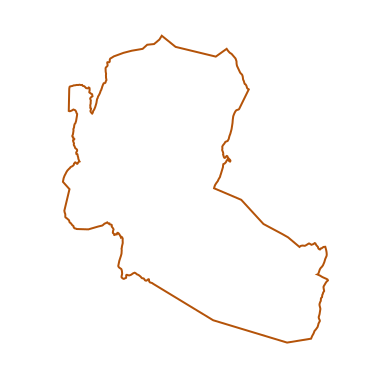 Manto, Olancho, Honduras, rotated 355°
{"feature_id": "27666195B56288500543759", "entity_name": "Manto", "entity_type": "district", "adm_level": 2, "iso_a3": "HND", "parent_name": "Honduras", "parent_adm1": "Olancho", "projection": "equal_earth", "projection_center": [-86.423, 14.876], "detail": "fine", "context": "isolated", "style": "outline", "palette": "amber", "viewbox_px": 384, "rotation_deg": 355, "n_neighbors": 0, "source": "geoboundaries", "source_scale": "gbopen_adm2", "svg_char_len": 5880}
<svg xmlns="http://www.w3.org/2000/svg" viewBox="0 0 384 384"><g transform="rotate(355 192 192)"><path d="M297.8,348.5L298.4,347.4L299.1,346.0L300.8,343.5L301.9,341.2L303.6,339.5L305.3,337.5L306.2,335.3L306.5,334.2L308.1,331.7L308.1,331.0L307.4,329.0L307.3,327.7L308.4,324.9L309.7,319.7L309.6,318.6L309.2,316.2L309.2,315.2L309.4,314.4L310.0,313.0L310.8,311.7L311.2,309.2L311.6,308.7L312.3,308.2L312.9,305.7L313.4,305.0L313.9,303.6L315.0,302.2L315.0,301.6L314.8,300.2L314.7,298.1L315.0,297.4L317.5,293.9L318.5,292.8L319.3,292.3L319.7,291.9L319.6,291.5L319.4,291.0L318.6,290.4L315.0,288.4L313.9,287.7L312.2,286.4L309.8,285.1L310.2,285.0L311.2,283.5L312.5,280.4L312.9,279.8L313.7,278.8L315.0,277.7L316.1,276.4L317.7,273.4L318.9,270.3L320.5,267.4L320.8,265.9L320.8,263.7L320.6,261.6L320.0,258.2L318.2,258.2L316.4,259.3L315.3,259.5L315.1,259.7L314.9,260.2L314.7,260.4L314.4,260.4L313.9,260.2L313.0,259.3L312.6,257.6L311.2,255.8L310.4,253.9L309.7,253.6L308.6,254.4L306.4,255.0L304.6,253.7L304.2,253.5L303.8,253.5L301.5,254.7L300.2,255.3L299.4,255.4L297.7,255.0L296.0,255.1L295.4,255.3L294.3,256.1L283.7,245.5L278.2,241.7L260.4,230.1L240.4,204.1L214.3,190.2L214.9,188.5L215.7,186.9L217.1,185.1L218.7,183.3L219.5,181.8L221.3,179.3L221.6,178.2L222.2,176.9L225.0,169.9L225.3,168.1L225.7,166.9L226.0,166.8L226.8,166.6L227.9,165.7L228.4,165.2L229.3,163.7L229.7,163.4L230.4,162.3L230.7,162.6L231.2,163.7L231.8,164.5L232.5,165.0L232.9,164.6L233.0,164.1L232.8,163.5L232.1,162.6L231.4,161.8L230.6,160.4L230.4,159.6L230.0,159.2L229.8,159.1L229.5,159.2L228.3,160.5L227.8,160.8L227.3,160.8L227.0,160.3L226.7,159.7L226.5,158.3L226.2,157.5L226.5,156.9L226.4,155.3L225.7,152.8L226.1,151.1L226.1,149.5L226.8,148.3L228.6,146.4L229.5,145.1L230.4,144.7L231.9,144.3L233.2,142.4L234.1,139.7L235.3,137.2L236.9,132.8L238.4,126.7L238.9,123.6L239.7,120.1L240.6,118.2L241.5,116.6L242.3,115.4L243.2,114.5L244.0,114.2L245.5,113.9L246.2,113.4L257.5,94.7L257.3,94.5L256.5,94.0L256.1,93.5L255.9,93.0L255.4,90.7L254.6,89.3L254.1,89.1L253.8,88.6L253.2,85.6L252.9,85.0L252.7,84.2L252.6,81.6L252.3,80.0L251.8,79.1L250.9,78.1L250.3,77.1L247.8,70.2L247.6,68.1L247.7,65.6L247.0,62.8L246.5,62.1L243.5,57.9L241.8,56.6L241.3,56.0L240.0,54.2L239.0,52.4L227.5,59.2L188.3,46.0L175.5,33.7L172.8,37.3L167.1,41.3L160.2,41.4L155.3,45.1L144.3,46.0L135.9,47.4L125.9,50.1L124.0,51.1L122.3,51.9L121.9,52.4L121.6,53.1L121.4,54.9L121.2,55.2L120.8,55.5L119.4,55.3L118.9,55.5L118.8,56.2L119.0,58.1L118.9,58.6L118.5,59.3L117.1,60.4L116.7,61.1L116.5,64.7L116.7,66.7L116.4,68.5L116.4,69.6L116.3,70.5L116.5,72.6L116.5,73.1L115.7,74.3L115.5,75.1L115.2,75.6L114.7,75.9L113.5,76.0L112.7,77.3L111.6,79.6L111.4,80.4L111.0,81.0L110.6,82.2L109.9,83.1L109.0,85.2L107.8,87.3L106.8,88.6L106.0,90.6L105.5,91.2L104.5,95.1L103.0,98.9L101.7,101.4L100.6,102.7L100.3,103.8L99.8,104.4L99.7,104.9L99.4,105.2L99.1,105.0L98.0,103.2L97.9,102.8L97.9,102.5L98.4,101.2L98.7,100.1L98.6,99.8L98.0,99.4L98.0,99.1L98.2,98.2L98.2,96.7L98.8,94.9L98.9,93.4L99.2,92.1L98.7,90.2L99.0,89.5L99.7,88.8L100.5,88.3L100.9,88.2L101.2,88.0L101.2,87.7L101.0,85.9L100.1,85.4L99.4,84.6L98.7,84.2L98.4,83.8L98.5,83.1L98.9,81.7L99.0,79.6L98.9,79.4L98.3,78.9L97.6,79.5L97.4,79.6L96.9,79.6L95.6,79.3L94.0,77.3L93.1,77.0L92.4,76.7L91.9,75.8L90.4,75.7L89.1,75.3L88.1,75.5L86.5,75.3L85.0,75.5L83.2,75.5L82.3,75.9L79.8,76.2L79.3,76.5L79.0,77.3L78.7,78.5L76.3,100.5L76.6,100.7L77.4,100.9L78.2,100.7L79.3,100.4L81.0,99.5L81.3,99.6L82.8,100.4L83.1,100.9L83.5,101.7L83.9,103.4L84.4,104.3L84.0,106.2L82.7,111.2L81.8,113.3L81.0,114.1L80.5,115.4L80.1,117.4L79.3,119.0L79.3,120.6L78.4,124.2L77.6,125.8L77.9,126.2L78.0,127.1L78.5,127.3L78.5,128.3L78.9,128.4L79.4,129.0L79.0,129.6L78.2,129.9L78.0,130.2L78.0,130.9L78.4,132.4L78.7,133.2L78.4,134.1L78.4,135.1L78.5,135.4L78.8,135.8L79.0,136.2L79.5,138.1L80.7,139.2L81.0,139.6L81.2,140.1L81.2,140.6L81.1,141.1L80.1,142.5L80.1,143.9L80.2,144.1L80.8,144.1L81.1,144.4L81.2,144.7L81.3,146.2L81.6,147.4L81.7,149.1L82.3,151.2L82.6,151.8L81.8,152.0L81.3,152.7L80.8,152.9L80.5,153.7L80.2,153.9L79.6,153.7L78.6,152.4L78.2,152.3L76.9,153.5L76.8,154.1L76.4,154.9L75.2,155.8L73.4,156.5L72.7,157.1L72.2,157.8L71.7,158.0L70.5,159.1L69.8,159.7L68.5,161.4L67.8,162.6L66.5,164.6L65.3,167.1L64.3,170.6L70.2,178.5L63.2,199.5L63.4,201.5L63.7,202.3L63.8,203.2L63.8,203.8L63.6,205.8L63.9,206.4L64.9,207.2L66.9,209.3L67.1,209.8L67.3,211.0L67.5,211.6L68.7,212.7L69.7,214.4L70.9,215.6L71.0,215.9L71.0,216.4L71.3,217.3L72.0,218.0L73.1,218.3L73.7,218.8L85.5,220.2L95.6,218.2L99.6,217.6L100.2,217.3L102.1,215.9L103.6,215.5L104.0,215.2L104.6,215.1L104.9,214.9L105.9,216.0L106.9,216.1L106.9,216.9L107.0,217.0L108.3,217.3L109.1,217.8L109.2,218.2L109.0,219.4L110.0,221.0L110.6,222.3L110.5,222.7L109.9,224.0L109.6,225.7L109.7,226.0L110.7,227.0L110.8,227.3L110.7,227.7L110.7,227.9L111.2,228.1L112.4,227.4L113.3,227.7L113.6,227.3L113.6,226.9L114.4,226.7L114.4,226.2L114.6,226.2L114.7,226.3L114.7,226.7L114.9,227.0L115.0,227.1L115.4,227.0L115.9,227.7L117.0,230.2L117.3,231.3L117.5,231.2L117.6,230.4L117.8,230.4L118.5,231.2L118.9,232.4L118.7,234.1L118.6,236.2L118.5,237.0L117.4,240.3L117.2,241.6L116.9,242.0L116.9,244.0L116.4,247.3L115.6,249.5L113.6,254.2L112.1,259.2L112.2,259.8L112.6,260.6L113.4,261.4L114.8,262.5L115.0,263.0L115.3,264.6L115.3,267.4L115.1,268.0L114.5,269.8L114.4,270.6L114.5,271.0L114.8,271.4L115.5,272.0L116.1,272.5L117.0,272.5L117.5,272.3L118.1,271.9L118.8,271.8L118.9,271.6L119.1,270.5L119.2,269.2L119.5,268.9L119.9,268.8L121.3,269.4L122.2,269.6L122.9,269.5L124.2,269.1L126.4,267.8L127.9,267.4L128.8,268.0L130.1,269.3L131.5,270.0L133.0,271.4L133.5,271.9L134.2,273.0L134.5,273.3L134.9,273.6L135.7,273.7L136.4,274.0L137.1,275.1L137.4,275.7L137.7,276.0L138.4,276.3L139.1,276.3L140.5,275.3L141.1,275.1L141.4,275.2L141.5,275.4L141.5,277.1L141.9,277.9L142.3,278.4L144.5,279.3L145.2,280.0L201.9,321.6L273.6,350.3L297.8,348.5Z" fill="none" stroke="#b45309" stroke-width="2"/></g></svg>